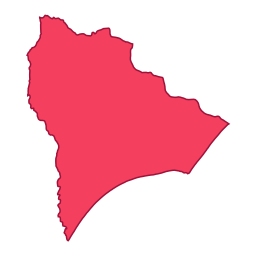 Tilomar, Cova Lima, East Timor (Equal Earth projection)
{"feature_id": "22284137B39285760424005", "entity_name": "Tilomar", "entity_type": "district", "adm_level": 2, "iso_a3": "TLS", "parent_name": "East Timor", "parent_adm1": "Cova Lima", "projection": "equal_earth", "projection_center": [125.135, -9.378], "detail": "fine", "context": "isolated", "style": "filled", "palette": "rose", "viewbox_px": 256, "rotation_deg": 0, "n_neighbors": 0, "source": "geoboundaries", "source_scale": "gbopen_adm2", "svg_char_len": 5563}
<svg xmlns="http://www.w3.org/2000/svg" viewBox="0 0 256 256"><path d="M27.1,55.2L27.5,55.3L27.8,55.6L28.0,56.1L28.2,57.6L28.3,59.0L28.5,60.0L28.9,60.5L29.6,61.2L29.9,61.8L30.6,63.6L30.7,64.3L30.3,66.2L29.3,67.6L29.2,67.9L29.3,69.1L29.5,69.6L29.8,70.0L29.9,70.6L29.7,74.3L29.7,75.6L29.8,78.4L30.0,79.4L29.7,79.8L29.3,80.6L29.3,81.6L29.7,82.6L28.2,88.8L28.3,89.9L28.1,91.0L28.2,91.9L28.2,93.2L28.1,93.8L27.8,94.4L27.8,94.9L27.8,95.7L29.2,95.0L29.7,95.4L30.1,96.6L30.2,97.4L29.0,99.8L28.9,100.9L29.0,103.0L30.4,104.3L30.6,104.7L30.8,105.2L30.9,105.9L30.7,107.4L31.2,108.3L31.5,108.6L32.0,108.6L33.2,108.3L33.6,108.3L33.7,108.5L33.9,110.4L35.5,111.3L35.7,111.5L36.0,112.0L37.1,113.1L37.3,113.8L37.4,115.2L37.3,115.9L37.5,116.5L37.8,117.1L38.3,118.6L38.6,119.2L39.6,120.0L40.6,120.4L42.3,120.4L44.0,120.7L44.5,121.0L44.9,121.5L45.5,123.4L45.6,123.7L46.0,124.9L46.2,126.5L46.2,128.4L46.3,128.9L46.4,129.6L46.9,130.3L48.0,131.1L48.4,131.9L48.9,133.7L49.4,134.4L50.2,134.8L50.5,135.0L51.6,134.9L52.5,135.1L53.5,135.8L54.0,136.2L54.2,136.6L54.3,137.1L54.5,137.4L55.2,139.6L55.5,140.3L56.8,141.7L57.1,142.4L58.0,143.8L58.1,144.1L58.6,145.2L58.8,147.1L58.3,149.3L57.7,150.4L57.6,150.8L57.2,152.6L56.8,153.4L56.8,155.0L56.6,156.2L56.4,156.7L55.9,158.6L55.8,161.2L55.9,163.5L56.0,164.6L56.0,165.9L56.2,166.5L56.5,167.0L57.0,167.9L57.3,168.5L57.6,169.3L57.8,169.5L57.9,170.0L58.3,171.0L59.1,171.9L59.5,172.5L59.9,173.8L59.9,174.4L60.4,176.1L60.4,177.3L60.1,178.0L59.4,178.6L58.6,179.2L58.1,180.0L57.4,181.7L57.4,182.0L57.4,183.2L57.7,185.6L57.8,186.1L58.0,186.4L58.2,186.5L59.8,186.6L60.1,186.8L60.3,187.6L59.5,189.8L58.7,191.2L57.6,193.9L57.8,194.7L58.3,194.8L59.7,194.7L59.8,195.0L59.9,195.4L59.4,196.2L58.8,196.9L58.6,198.5L58.6,198.9L59.0,199.5L60.2,199.6L60.4,200.0L60.5,200.5L60.3,201.9L60.3,202.5L60.1,203.1L59.0,203.9L58.4,204.6L58.0,205.0L57.9,205.3L58.3,206.3L59.5,208.2L59.7,208.9L59.9,209.2L60.1,210.5L60.1,211.2L59.9,212.1L59.7,212.6L59.0,213.5L58.6,214.0L58.1,215.4L58.1,215.7L58.3,216.8L59.5,216.8L60.1,217.4L60.3,218.1L60.4,219.0L60.4,221.0L60.5,221.3L61.1,221.7L61.6,221.8L62.3,222.1L62.7,223.0L62.6,223.6L62.8,225.0L63.0,225.9L64.7,226.3L65.6,226.7L66.2,227.2L66.5,227.6L66.6,227.9L66.7,228.6L66.5,228.8L65.7,228.7L65.4,229.0L65.2,229.4L64.8,231.1L64.2,232.5L64.4,233.2L65.2,233.8L65.7,235.1L66.2,235.6L66.4,236.1L66.5,237.1L66.9,239.2L67.3,240.1L67.7,240.5L68.1,240.5L68.3,240.6L69.3,239.1L70.4,237.1L73.2,232.6L73.8,231.8L75.6,228.7L76.9,226.6L77.5,225.8L78.6,224.0L82.7,218.1L83.6,217.1L86.9,212.7L87.7,211.9L90.4,208.6L92.7,206.0L93.7,204.8L96.0,202.4L100.7,198.1L103.2,195.9L105.8,193.8L110.3,190.5L112.1,189.4L113.0,188.7L114.5,187.8L116.2,186.7L119.2,185.0L121.9,183.6L124.7,182.3L126.3,181.4L128.6,180.5L131.7,179.5L132.7,179.1L136.7,177.7L140.4,176.8L142.4,176.5L144.7,176.0L150.2,175.1L153.3,174.8L154.8,174.5L155.6,174.2L157.6,173.9L161.5,173.0L166.1,171.5L169.4,170.8L172.7,170.3L174.4,170.2L178.9,170.9L180.2,171.4L181.5,171.5L182.7,172.0L183.4,172.6L184.2,172.9L185.3,172.7L186.4,172.8L186.9,173.0L187.7,173.7L189.1,173.1L189.7,172.4L191.6,169.3L194.9,164.7L196.0,163.4L196.5,162.6L199.6,158.9L203.3,154.3L204.1,153.1L206.0,150.6L207.2,148.8L207.9,148.0L209.6,145.4L211.4,143.0L214.9,138.7L218.2,134.9L221.2,131.2L222.8,129.5L225.9,126.4L227.6,124.7L228.9,123.9L222.8,119.8L222.1,119.5L220.9,118.8L219.5,117.0L218.7,116.4L218.1,116.3L217.1,116.3L215.6,116.7L214.8,116.8L213.2,116.4L210.5,115.3L207.2,114.5L205.8,114.0L204.2,113.1L201.5,110.7L200.4,109.2L199.6,107.9L198.9,105.8L198.6,104.3L198.3,103.4L198.0,102.7L197.0,101.2L195.6,99.9L195.1,99.6L193.7,99.3L188.5,99.6L186.0,99.3L184.7,98.6L183.1,98.0L182.1,97.8L180.8,97.3L178.4,96.9L176.2,97.3L174.5,97.3L171.4,96.9L170.4,96.5L169.4,95.8L168.5,94.6L166.6,92.7L166.1,91.9L165.6,91.1L165.2,90.0L165.0,88.3L164.9,86.6L164.5,84.3L164.2,83.2L163.9,82.3L163.1,78.7L162.8,77.9L162.4,77.5L158.5,76.7L155.4,75.7L154.0,75.6L153.3,75.2L152.7,74.6L151.7,73.6L151.2,72.8L150.4,72.4L149.8,72.4L148.8,72.7L147.8,72.8L146.2,72.4L143.0,72.5L142.5,72.6L141.9,72.6L141.1,72.0L139.4,71.1L136.3,69.9L135.4,69.2L134.5,68.3L133.5,67.0L132.8,65.3L131.0,61.7L130.4,59.8L130.4,59.0L130.4,57.5L130.6,55.9L130.6,53.8L130.5,51.9L130.6,50.3L130.8,49.3L132.0,48.0L132.2,47.5L132.5,46.0L132.6,44.9L132.6,43.9L131.5,43.7L130.6,43.4L128.8,42.6L128.1,42.2L126.7,41.9L125.7,42.0L125.2,41.6L124.1,41.1L123.2,40.8L120.5,38.9L119.6,38.4L118.5,38.0L116.1,37.4L111.9,36.8L111.0,36.3L110.5,35.2L110.2,34.4L110.0,33.7L109.9,30.8L109.8,29.8L109.3,28.7L108.8,28.2L103.5,28.6L100.8,29.9L99.2,30.3L97.7,30.9L97.0,31.4L95.9,33.2L95.2,33.7L94.7,33.7L94.3,33.2L94.0,32.7L93.4,32.4L92.9,32.4L92.3,32.6L92.0,33.1L91.9,34.0L91.6,34.9L91.4,35.4L90.4,35.9L86.7,35.5L86.0,35.3L84.1,34.0L83.4,33.8L82.2,33.8L80.0,34.1L78.8,34.6L77.6,35.0L76.3,34.6L75.0,32.9L73.5,32.1L72.9,31.6L70.8,29.4L68.0,27.8L67.7,27.4L67.6,26.8L66.8,25.3L65.7,24.0L65.4,23.4L65.0,23.0L64.4,22.7L64.0,22.3L63.6,21.4L63.4,20.4L63.1,20.1L62.7,20.0L61.8,19.9L61.2,20.0L60.5,19.7L59.2,18.7L58.5,18.2L58.0,18.2L55.7,18.6L55.1,18.5L53.8,17.4L53.4,17.5L53.1,17.9L52.9,18.4L52.6,18.7L51.8,18.6L50.3,17.9L48.0,16.0L47.6,15.7L47.2,15.6L46.6,15.8L45.5,15.4L45.1,15.4L43.5,17.4L42.9,17.7L42.2,17.9L41.5,17.9L39.7,17.3L39.7,18.0L40.1,19.0L40.3,21.1L40.6,21.8L40.8,22.5L40.9,23.2L40.7,24.3L40.7,27.2L40.9,32.8L41.2,33.7L40.5,34.9L40.2,35.8L40.3,37.3L39.8,38.4L38.3,41.0L37.5,41.7L37.0,42.4L36.0,45.2L35.3,46.2L34.5,46.9L33.6,47.4L32.1,47.8L31.8,48.3L31.2,49.1L30.7,49.6L30.3,49.8L29.6,51.3L29.4,51.6L28.7,52.2L28.3,52.7L27.1,55.2Z" fill="#f43f5e" stroke="#9f1239" stroke-width="1.5"/></svg>